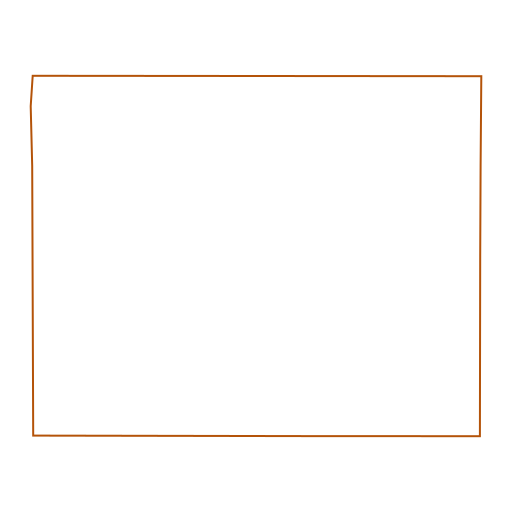 the district of Ottawa, Kansas, United States of America
{"feature_id": "52423323B84405668975661", "entity_name": "Ottawa", "entity_type": "district", "adm_level": 2, "iso_a3": "USA", "parent_name": "United States of America", "parent_adm1": "Kansas", "projection": "mercator", "projection_center": [-97.672, 39.132], "detail": "fine", "context": "isolated", "style": "outline", "palette": "amber", "viewbox_px": 512, "rotation_deg": 0, "n_neighbors": 0, "source": "geoboundaries", "source_scale": "gbopen_adm2", "svg_char_len": 240}
<svg xmlns="http://www.w3.org/2000/svg" viewBox="0 0 512 512"><path d="M33.2,435.6L302.0,436.1L479.9,436.2L480.2,256.4L480.6,166.4L481.3,76.2L32.7,75.8L30.7,106.2L32.2,166.1L33.2,435.6Z" fill="none" stroke="#b45309" stroke-width="2"/></svg>